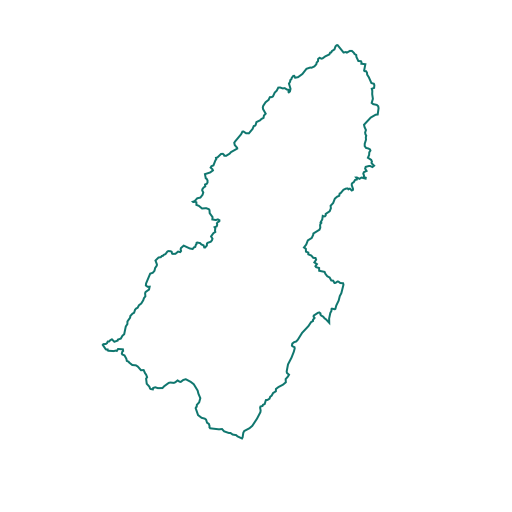 Yauli, Junín, Peru (Mercator projection), rotated 67°
{"feature_id": "86281439B56200314379174", "entity_name": "Yauli", "entity_type": "district", "adm_level": 2, "iso_a3": "PER", "parent_name": "Peru", "parent_adm1": "Junín", "projection": "mercator", "projection_center": [-76.155, -11.505], "detail": "fine", "context": "isolated", "style": "outline", "palette": "teal", "viewbox_px": 512, "rotation_deg": 67, "n_neighbors": 0, "source": "geoboundaries", "source_scale": "gbopen_adm2", "svg_char_len": 6115}
<svg xmlns="http://www.w3.org/2000/svg" viewBox="0 0 512 512"><g transform="rotate(67 256 256)"><path d="M150.0,254.5L151.4,254.8L152.1,256.0L156.0,259.8L155.9,261.9L156.9,263.2L159.1,262.2L160.4,262.2L161.2,265.6L160.7,271.0L164.9,271.9L165.5,271.3L167.5,271.1L169.4,271.9L170.3,273.1L170.3,275.0L172.1,275.5L172.5,277.5L173.6,279.3L174.6,279.9L176.9,279.7L178.8,281.3L180.5,284.4L179.9,287.5L181.5,291.0L181.4,292.9L181.8,292.7L182.4,290.6L183.3,289.9L185.7,290.9L187.5,289.0L191.2,287.1L192.5,283.2L194.5,281.1L195.6,280.9L198.5,281.9L203.2,280.8L205.3,281.9L207.2,278.9L207.4,276.8L208.8,275.7L209.7,276.2L210.0,278.2L210.6,279.2L212.1,279.5L213.4,280.7L213.3,282.9L214.8,282.7L216.3,283.7L218.0,284.1L218.3,286.2L220.4,289.7L223.1,289.3L224.4,290.5L225.2,292.1L225.0,295.3L225.3,296.2L227.2,297.2L228.3,299.6L227.9,300.3L225.7,300.1L224.0,301.8L222.3,302.4L220.6,304.9L220.8,305.7L221.9,306.2L222.2,307.0L223.9,308.4L223.8,309.7L224.8,311.6L223.2,314.0L218.2,318.5L219.4,322.0L220.4,322.8L222.1,323.0L222.8,324.2L221.5,326.0L222.5,329.3L221.5,331.9L221.0,332.3L219.1,332.0L218.3,332.7L217.2,334.8L217.3,335.9L218.9,338.6L218.9,340.6L219.5,341.7L219.2,342.7L219.9,344.1L219.3,346.3L220.9,350.3L225.1,350.5L226.1,351.1L227.6,353.5L230.0,355.3L231.1,357.6L230.9,360.3L238.3,367.9L240.1,368.9L242.0,367.8L242.7,365.9L245.1,367.6L246.0,371.7L246.9,372.6L249.9,373.6L251.0,375.6L252.7,377.1L254.9,380.2L255.6,383.0L257.4,385.2L257.5,386.9L258.2,388.3L260.6,390.4L260.8,392.2L262.1,395.1L263.6,396.0L266.0,399.9L268.4,401.0L270.0,403.4L276.5,407.9L277.2,410.1L279.2,412.7L279.0,415.8L279.8,416.4L279.6,419.9L276.4,421.2L276.6,423.1L277.3,424.6L276.8,425.9L278.0,427.2L278.3,428.6L277.5,430.9L278.0,431.8L282.9,430.8L283.4,430.6L284.1,429.1L285.0,429.4L285.6,428.8L287.9,424.2L288.3,422.0L289.0,421.2L287.7,419.3L289.9,415.0L291.5,415.4L291.8,416.4L293.5,417.7L294.5,417.5L296.1,415.9L299.9,415.5L302.1,415.9L303.6,414.5L304.3,414.5L308.0,412.5L309.7,409.3L311.6,408.0L316.2,406.5L317.1,404.0L320.8,403.9L322.1,403.5L325.0,403.6L326.0,405.1L330.9,406.5L334.6,405.2L336.6,405.3L337.2,405.0L338.5,403.1L337.3,402.2L337.5,400.0L339.3,398.0L341.0,393.7L340.0,391.4L338.7,385.9L339.0,384.3L340.7,381.2L340.7,379.6L339.9,376.8L341.8,375.5L342.5,374.5L341.7,371.4L342.0,368.8L346.3,365.3L349.7,363.4L357.1,362.3L360.2,362.8L365.1,362.8L368.5,365.5L369.9,368.6L371.6,369.5L371.9,370.5L372.5,371.0L379.8,371.5L383.7,369.3L385.7,366.7L387.1,365.9L390.3,366.2L392.1,365.0L394.3,365.2L395.5,365.8L396.7,365.5L401.1,357.8L402.0,354.9L404.9,353.9L408.2,350.3L409.0,348.6L411.2,347.3L413.2,344.2L414.7,343.6L418.5,340.2L417.7,339.2L413.7,336.7L412.5,335.2L412.0,329.3L410.9,325.8L406.1,318.6L401.5,313.0L400.0,312.1L397.3,311.5L396.3,310.7L396.6,308.6L395.7,307.7L395.7,305.9L392.5,303.2L393.0,301.6L392.6,299.3L391.1,297.9L390.7,296.2L388.8,293.8L388.3,290.6L386.2,289.6L385.4,286.5L385.0,281.5L383.9,277.9L380.9,276.8L379.5,273.8L378.2,272.0L375.7,273.2L374.3,272.9L368.3,268.9L363.4,263.0L358.9,258.6L356.2,256.5L355.0,256.2L353.2,257.8L352.4,257.9L350.8,256.8L350.2,254.6L350.4,252.4L349.4,250.2L344.7,243.5L341.0,235.1L338.4,231.2L338.1,228.9L337.0,228.5L335.9,226.3L334.3,226.7L333.4,226.1L332.5,221.2L332.7,219.8L334.0,219.1L335.1,219.6L336.2,219.3L338.2,217.8L340.1,217.3L341.7,216.3L346.1,214.7L342.1,213.1L337.4,209.8L336.1,208.1L334.2,207.1L334.1,206.7L335.8,204.3L335.7,203.6L333.0,201.5L329.3,197.3L325.6,194.5L323.6,192.0L316.6,186.7L315.1,186.5L313.8,189.0L311.8,190.1L311.3,190.9L311.8,193.2L311.5,194.3L308.9,194.6L307.9,196.3L304.6,196.6L302.5,198.3L299.5,199.1L297.4,199.1L294.3,203.6L291.7,202.6L289.8,205.0L288.6,205.3L287.3,203.1L284.7,204.8L282.9,202.1L281.1,202.0L280.1,204.0L277.2,204.9L274.9,207.2L273.3,206.5L271.5,208.3L268.8,207.3L266.9,208.5L265.1,205.3L261.9,202.2L261.2,197.7L258.9,195.1L257.7,194.4L256.6,187.3L255.1,185.8L252.6,184.9L251.6,184.1L251.1,183.0L250.3,183.4L248.2,180.7L245.2,178.9L246.1,178.0L246.4,177.0L245.9,176.0L244.5,175.4L243.6,170.7L241.3,168.4L238.9,167.7L237.4,164.3L234.0,161.0L233.1,158.1L233.1,155.9L231.2,154.6L231.2,153.5L229.2,149.6L229.1,146.9L229.6,145.3L230.7,144.9L230.5,143.8L230.8,143.2L233.1,142.3L233.1,141.1L232.3,140.5L228.2,140.2L227.1,139.7L226.4,138.6L226.3,137.3L224.7,135.1L225.0,133.3L224.1,132.7L222.9,133.1L223.1,132.5L225.4,130.6L225.0,128.3L227.6,124.9L226.8,124.4L225.4,125.9L224.0,125.1L222.2,125.1L221.0,124.0L220.9,121.0L218.2,121.4L216.8,120.2L217.3,116.7L217.9,115.6L219.6,114.1L219.0,112.0L215.9,113.3L215.2,113.2L214.4,112.4L212.5,112.4L209.3,114.6L207.2,112.4L204.8,111.2L203.7,109.5L202.5,109.4L201.0,110.5L199.5,112.5L197.3,113.0L195.2,112.1L191.9,109.3L189.6,108.5L188.3,107.5L186.7,107.7L185.0,107.3L183.0,105.6L179.8,105.7L177.4,105.3L173.4,96.3L172.7,90.7L173.3,88.7L167.8,85.4L165.9,85.0L164.1,85.8L162.0,88.8L160.3,89.7L157.0,87.0L152.4,85.8L149.4,84.4L147.3,84.1L147.4,81.6L145.0,80.3L143.5,80.2L141.9,82.2L135.5,82.3L132.5,82.8L130.5,82.2L128.9,82.5L128.2,83.9L127.5,84.0L122.2,80.4L120.2,83.9L118.9,83.2L117.7,83.3L116.5,85.6L112.0,85.8L110.1,85.2L108.5,86.4L107.3,86.5L104.7,87.6L103.9,89.4L104.3,92.9L103.4,93.5L102.9,95.9L93.8,98.5L93.5,99.4L94.1,100.9L96.5,103.1L97.0,106.0L98.0,107.2L97.8,108.3L99.1,109.7L99.3,114.2L100.1,117.5L99.9,118.7L98.4,120.0L98.9,121.8L100.9,122.8L101.6,124.5L103.1,125.6L104.3,128.2L104.4,131.3L103.7,132.5L103.4,136.4L106.6,142.2L107.8,147.4L107.2,150.3L105.1,150.4L104.8,151.3L106.0,153.5L107.1,154.4L107.5,155.7L108.9,156.5L110.2,158.3L115.6,158.9L117.8,160.5L118.2,161.8L117.6,162.0L116.7,161.0L115.7,161.1L115.1,162.3L112.7,164.0L112.2,165.9L110.3,168.0L109.7,169.7L111.9,172.3L112.9,174.9L115.7,178.0L115.9,179.5L115.2,181.2L117.2,183.4L118.2,187.1L120.6,190.7L121.9,191.7L123.6,192.1L128.8,191.5L129.8,193.8L131.8,195.1L132.0,197.5L132.7,199.2L132.9,203.3L135.2,205.1L135.7,206.1L135.5,207.3L137.7,209.5L140.3,214.6L139.1,217.2L136.5,218.9L136.2,219.9L138.1,222.1L142.4,230.5L143.3,231.8L145.6,232.2L149.0,231.1L149.8,231.3L150.6,238.5L151.5,240.3L152.1,244.4L151.3,246.0L150.2,246.0L149.0,246.6L148.4,248.3L150.2,253.0L150.0,254.5Z" fill="none" stroke="#0f766e" stroke-width="2"/></g></svg>